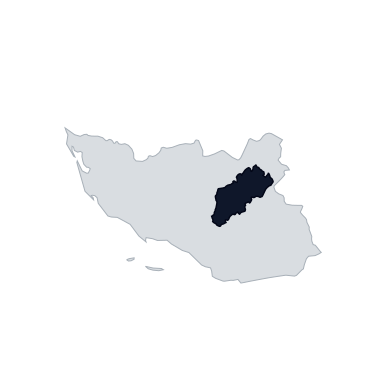 where Francisco Morazán sits in Honduras, rotated 212°
{"feature_id": "HND-639", "entity_name": "Francisco Morazán", "entity_type": "Department", "adm_level": 1, "iso_a3": "HND", "parent_name": "Honduras", "parent_adm1": "", "projection": "robinson", "projection_center": [-87.226, 14.346], "detail": "fine", "context": "in_parent", "style": "filled", "palette": "ink", "viewbox_px": 384, "rotation_deg": 212, "n_neighbors": 0, "source": "natural_earth", "source_scale": "10m", "svg_char_len": 5779}
<svg xmlns="http://www.w3.org/2000/svg" viewBox="0 0 384 384"><g transform="rotate(212 192 192)"><path d="M333.6,179.1L321.9,178.4L316.3,180.0L313.9,183.6L311.8,185.2L310.1,184.9L306.6,186.3L301.3,189.5L296.5,190.7L292.2,189.9L291.0,190.7L290.6,191.8L290.0,192.8L288.3,193.4L286.4,193.1L284.3,191.9L283.2,192.4L283.0,194.5L281.9,195.1L279.7,194.1L277.2,194.9L274.5,197.4L270.7,197.9L265.7,196.5L261.9,193.7L259.2,189.7L255.9,188.7L250.2,191.7L247.9,195.2L247.3,197.3L247.9,199.2L246.9,200.5L244.2,201.2L242.2,203.6L240.8,207.7L240.6,210.8L241.4,213.0L240.1,214.7L236.6,215.7L232.5,219.3L227.8,225.3L223.2,229.5L218.5,231.9L216.2,234.5L216.4,237.4L216.1,238.3L215.2,238.7L213.7,239.1L204.7,232.7L202.1,228.3L199.9,229.0L197.1,231.2L193.1,236.2L188.8,243.0L186.7,243.7L176.1,242.7L170.4,243.3L169.3,244.2L168.8,246.7L169.1,250.0L170.6,261.9L171.5,266.8L170.7,268.3L167.8,268.5L164.1,269.2L162.0,271.5L161.5,273.8L161.3,277.0L160.2,280.3L157.9,282.7L155.6,283.6L142.9,284.2L143.1,278.7L139.4,276.5L137.3,271.9L135.5,268.8L136.1,266.9L135.9,264.7L130.8,263.0L125.9,264.3L123.1,263.5L121.1,262.3L124.6,259.6L124.8,257.9L123.7,256.7L122.5,255.9L122.9,252.9L123.6,249.2L125.6,240.7L124.9,239.3L121.6,236.7L117.5,236.4L113.0,237.2L110.8,235.9L108.9,233.0L105.7,231.6L100.0,233.9L93.9,237.5L92.1,238.7L90.5,238.6L89.9,235.9L89.6,232.8L89.2,232.1L86.0,231.0L82.2,230.1L80.3,229.3L78.5,227.2L74.0,224.4L72.9,222.4L66.9,217.8L65.7,215.5L64.3,213.8L61.4,211.6L59.2,212.2L51.5,209.5L50.4,209.3L51.5,206.9L53.9,203.3L59.1,199.3L59.6,196.0L58.2,189.8L56.8,185.8L57.6,184.0L59.2,176.7L60.5,175.0L68.1,171.3L68.8,170.8L74.8,165.7L81.4,160.0L88.3,153.7L96.0,146.6L100.3,142.5L102.3,140.7L106.7,142.2L110.2,138.9L112.2,137.8L116.9,133.8L118.4,132.9L126.3,131.3L130.1,131.3L133.4,135.3L136.1,137.5L141.0,135.7L145.2,135.2L162.5,139.0L169.3,137.3L181.9,137.0L187.6,137.9L195.6,132.6L200.7,131.5L206.7,129.0L205.9,126.5L204.5,125.3L213.7,126.5L227.3,131.8L241.9,130.9L247.2,128.0L250.6,127.1L265.5,132.7L269.5,136.9L272.5,137.4L274.9,136.4L275.6,135.5L272.6,134.6L271.3,133.2L283.1,135.9L305.3,156.0L305.8,157.6L296.3,151.7L291.3,152.1L290.0,153.1L290.3,156.3L290.7,157.9L292.9,158.0L294.5,157.2L298.4,158.2L301.0,160.4L304.1,163.7L306.0,167.3L308.1,167.3L310.1,165.2L313.8,164.9L316.3,167.3L318.0,167.2L315.6,163.4L309.8,159.7L311.2,159.6L323.9,166.3L327.5,174.7L330.5,176.6L333.6,179.1ZM184.7,106.9L177.4,110.9L175.1,110.9L178.4,107.7L183.8,105.0L188.4,103.7L192.1,104.3L184.7,106.9ZM209.6,102.5L206.2,105.5L205.5,104.2L207.2,101.4L209.3,99.8L211.3,99.9L210.8,101.1L209.6,102.5Z" fill="#d9dde1" stroke="#a8b0b8" stroke-width="1"/><path d="M143.7,196.2L143.9,196.1L144.0,195.7L144.1,195.4L144.3,195.4L144.5,195.3L144.9,195.0L145.1,194.9L145.3,194.9L145.5,194.8L145.7,194.7L146.0,194.4L146.1,194.2L146.1,193.9L146.6,192.4L146.9,191.2L146.7,189.4L146.5,188.6L146.5,187.8L146.7,187.3L146.8,187.0L146.9,186.9L147.1,186.8L148.0,186.7L148.8,186.1L148.3,185.3L148.3,185.0L148.0,184.7L147.8,184.5L147.0,184.1L147.9,182.7L148.2,182.0L148.7,181.3L149.6,180.4L149.7,180.1L149.8,179.8L149.9,178.7L149.8,178.2L150.6,177.4L152.8,177.1L153.3,177.1L153.8,177.3L154.2,177.5L154.9,177.7L157.3,177.6L158.8,177.9L158.9,178.5L159.1,178.9L159.6,179.5L160.0,180.0L161.1,180.6L161.6,181.2L162.3,181.6L162.4,181.8L162.5,181.9L162.1,182.3L161.8,183.7L161.3,184.1L161.6,185.2L161.7,185.6L162.1,186.2L162.3,186.7L162.4,188.1L162.5,188.7L162.9,189.3L163.2,191.2L164.7,195.1L165.2,196.2L165.8,197.0L166.2,197.3L167.1,197.6L167.5,198.1L169.1,199.7L170.0,200.9L169.9,201.9L169.7,202.7L169.8,203.1L169.9,203.6L170.4,204.5L170.5,204.8L170.6,205.6L170.8,206.4L171.4,208.1L171.3,208.8L167.9,211.7L166.4,213.3L166.1,215.0L165.2,216.8L163.0,219.0L162.4,220.6L161.9,221.4L161.8,221.6L161.9,221.8L162.3,221.9L162.5,222.1L162.7,222.4L162.8,222.6L162.3,223.6L161.3,223.8L160.6,223.6L160.0,223.6L159.0,224.0L159.3,225.0L160.5,226.8L161.7,227.8L162.1,228.0L162.2,228.3L162.3,228.9L162.1,231.0L161.6,232.1L161.1,232.7L160.4,233.1L158.8,232.8L159.0,233.6L159.0,233.9L159.0,234.4L158.7,234.9L158.6,235.6L158.7,236.6L158.5,239.0L157.6,241.4L156.9,242.5L156.7,242.7L155.9,242.7L154.8,242.5L154.4,242.2L153.4,241.2L152.7,240.9L152.4,241.3L152.3,241.5L152.3,241.9L152.2,242.6L152.3,243.3L152.4,243.9L152.7,244.3L153.2,245.4L153.2,246.2L152.8,246.7L152.5,247.6L152.3,248.5L152.1,248.7L149.9,247.6L148.5,248.1L146.2,247.2L144.7,247.4L144.2,247.2L143.7,246.9L141.8,247.1L141.2,246.5L140.3,245.5L140.2,244.8L140.6,244.0L140.6,243.7L140.4,243.7L140.2,243.7L139.4,243.6L138.9,243.4L138.0,243.5L137.5,243.6L137.4,244.2L137.3,245.6L137.0,246.7L137.0,247.5L137.2,248.2L136.9,248.4L136.4,248.2L135.2,247.4L133.6,246.0L133.4,245.9L133.2,245.7L132.2,245.7L130.8,245.4L128.9,244.0L128.6,243.4L128.7,241.1L128.7,239.6L130.0,237.8L130.3,236.6L130.5,236.4L130.6,236.0L130.9,234.2L131.0,233.2L130.2,226.3L130.2,225.3L131.2,224.0L131.5,223.6L131.8,223.5L132.1,223.5L133.6,223.3L134.9,222.6L135.4,222.3L135.7,221.9L135.7,221.6L136.2,220.5L137.1,219.8L138.3,219.5L138.7,219.3L138.8,219.0L138.8,218.7L138.6,218.1L138.3,217.9L138.2,217.8L138.0,217.7L137.7,217.4L137.4,217.1L137.3,216.8L137.2,216.2L137.1,214.2L137.2,213.6L137.3,213.3L137.5,213.2L138.0,213.3L138.5,213.6L138.9,213.4L139.1,213.2L140.3,211.4L140.8,210.3L140.6,209.9L139.5,209.0L139.4,208.8L139.4,208.7L139.6,208.5L139.7,208.3L139.7,207.8L139.6,207.6L139.5,207.4L138.4,206.3L137.7,205.8L137.4,205.4L137.2,204.9L137.1,204.5L137.0,203.7L139.3,201.1L139.7,200.2L139.8,199.9L139.8,199.6L139.9,199.3L139.8,198.6L139.9,198.4L140.1,198.3L140.4,198.4L140.6,198.5L140.8,198.6L141.0,198.6L141.3,198.6L141.5,198.6L141.6,198.9L141.6,199.0L141.8,199.1L142.0,199.2L142.7,199.2L143.3,197.9L143.5,197.2L143.5,196.9L143.5,196.6L143.4,196.2L143.5,196.0L143.7,196.2Z" fill="#0f172a" stroke="#020617" stroke-width="1.5"/></g></svg>